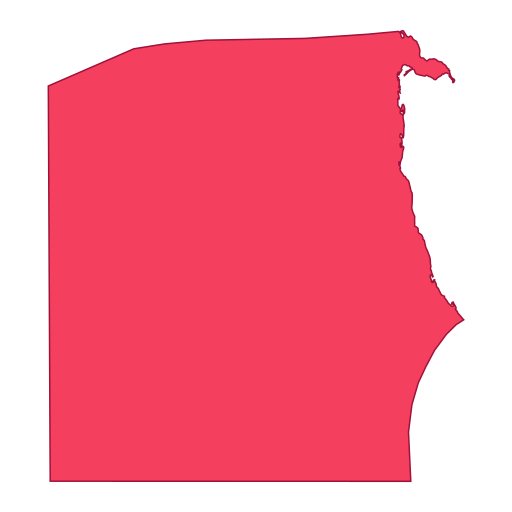 the district of Shallatin, Al Bahr al Ahmar, Egypt
{"feature_id": "37247803B26246524516343", "entity_name": "Shallatin", "entity_type": "district", "adm_level": 2, "iso_a3": "EGY", "parent_name": "Egypt", "parent_adm1": "Al Bahr al Ahmar", "projection": "natural_earth1", "projection_center": [35.577, 23.072], "detail": "fine", "context": "isolated", "style": "filled", "palette": "rose", "viewbox_px": 512, "rotation_deg": 0, "n_neighbors": 0, "source": "geoboundaries", "source_scale": "gbopen_adm2", "svg_char_len": 5507}
<svg xmlns="http://www.w3.org/2000/svg" viewBox="0 0 512 512"><path d="M463.7,319.8L463.3,319.4L461.8,317.7L459.7,315.1L458.0,313.3L457.4,311.8L456.8,310.8L455.7,309.8L455.4,309.1L456.0,308.7L456.0,307.8L455.7,306.7L454.9,305.4L454.2,304.1L453.5,303.6L453.6,303.0L453.1,302.0L452.2,302.4L451.8,303.1L451.7,304.1L452.1,304.2L452.7,303.8L453.3,304.2L453.6,304.8L453.7,305.4L453.3,306.0L452.3,306.3L451.4,306.1L450.5,305.2L450.1,304.7L448.2,303.2L447.6,301.8L446.5,300.3L445.6,299.0L444.8,298.3L444.5,297.5L444.5,296.2L443.3,295.9L441.7,295.0L440.8,294.0L440.0,292.0L439.4,291.2L439.0,290.0L438.3,288.4L437.4,287.6L436.9,287.1L436.4,285.9L436.0,283.4L435.2,282.0L434.7,280.9L434.5,280.4L434.6,279.8L434.0,279.8L433.9,280.0L433.7,280.2L433.5,280.6L433.5,281.6L433.5,282.0L432.9,282.3L432.9,281.4L432.3,281.7L431.7,282.1L431.4,281.7L431.9,281.4L431.5,280.4L430.7,278.4L430.1,276.5L430.3,275.3L431.1,274.8L431.8,274.9L432.1,276.2L432.6,276.9L433.1,276.6L432.9,275.9L432.4,274.4L431.8,273.1L431.3,270.8L430.4,269.0L430.9,266.2L430.4,263.5L430.4,261.7L430.1,258.6L429.6,256.6L428.1,252.6L427.3,250.6L425.8,247.4L425.0,244.1L424.6,241.8L424.2,240.3L423.1,239.3L422.8,237.3L421.6,234.9L420.3,234.0L418.7,233.0L418.3,231.9L418.2,230.1L418.0,228.4L417.1,227.4L416.2,226.9L414.6,225.9L414.7,223.2L414.6,219.4L414.7,216.3L413.7,214.3L412.6,211.5L411.7,207.9L412.1,203.6L412.2,200.8L412.3,195.4L412.1,193.1L411.0,191.0L410.4,188.3L410.4,188.1L409.6,185.0L408.9,181.9L407.9,180.1L406.2,178.7L405.5,176.9L404.8,176.3L403.7,176.0L402.6,174.0L401.2,172.2L400.2,170.0L399.9,168.8L400.5,168.3L400.3,167.2L399.8,166.1L399.1,165.0L398.9,163.6L398.8,162.2L399.4,162.0L399.7,162.8L399.7,163.9L399.8,164.8L400.0,164.9L400.2,164.0L400.3,162.9L401.0,160.2L402.1,157.8L402.4,154.7L402.6,152.3L402.9,150.7L403.7,148.3L403.7,147.1L403.0,146.4L402.6,146.1L402.2,146.3L401.8,147.4L400.9,147.4L400.3,146.8L400.1,143.9L400.4,143.6L400.7,143.3L401.1,144.0L401.0,145.1L401.4,145.6L401.7,145.4L402.1,142.7L401.8,139.8L401.1,137.7L399.8,137.1L399.9,135.8L400.2,134.3L400.8,133.8L401.8,134.6L402.3,135.9L402.4,136.8L402.6,137.8L402.9,137.9L403.3,137.5L403.7,135.2L403.8,128.6L404.2,125.7L403.7,121.8L403.0,117.5L403.1,116.4L403.0,115.2L402.1,114.6L401.0,113.8L400.2,113.1L400.1,111.6L400.5,110.6L401.1,110.7L401.6,111.5L402.1,111.5L402.2,110.6L402.7,110.0L403.4,110.6L403.6,111.8L403.4,112.6L403.2,113.5L403.7,114.0L404.5,113.0L404.6,111.2L404.7,108.5L404.2,106.6L403.8,105.2L403.2,104.4L402.4,104.6L401.9,106.5L401.4,107.6L401.1,108.6L400.6,109.1L400.1,108.9L399.5,107.9L399.0,106.8L397.8,105.5L397.9,101.1L397.6,99.2L398.1,98.4L398.4,98.8L398.9,99.1L399.2,98.2L399.0,96.6L398.7,95.0L398.3,94.1L397.9,92.8L398.0,91.7L398.5,91.1L399.0,91.6L399.5,92.6L400.1,92.9L399.8,91.5L399.8,90.2L400.2,89.6L399.9,88.4L400.1,86.9L400.0,86.2L399.3,86.3L399.4,87.4L399.3,87.9L398.8,87.5L399.0,86.1L399.4,84.1L399.3,82.9L399.0,82.0L399.4,81.2L399.4,79.9L398.9,79.4L398.4,80.0L397.8,80.0L397.7,80.0L398.0,78.8L398.3,78.5L398.6,78.3L398.6,77.6L397.3,77.5L397.3,75.6L397.4,73.7L397.9,73.1L398.1,73.7L398.2,74.6L398.8,75.0L399.4,73.8L399.2,73.1L399.1,72.1L399.5,72.3L400.2,72.6L400.9,71.6L401.5,70.4L401.8,70.1L401.9,69.9L401.3,69.3L401.5,68.2L402.0,66.8L402.6,65.4L403.3,65.2L403.6,65.0L404.9,64.5L405.9,64.9L406.8,65.6L407.9,65.9L409.1,65.8L409.7,66.6L410.3,67.1L411.2,67.3L411.8,67.5L412.2,68.0L412.3,68.4L412.0,68.9L410.9,69.1L409.9,69.7L408.7,70.6L408.0,70.8L406.6,71.5L406.2,71.7L406.0,71.9L406.1,72.5L407.0,72.6L406.2,73.2L405.5,73.9L404.2,74.9L404.4,75.6L405.5,74.8L407.1,73.2L408.4,71.8L410.0,70.6L410.9,69.9L412.2,69.4L413.4,69.4L414.1,69.7L414.6,70.6L415.0,72.0L415.7,73.4L417.0,74.2L419.6,75.0L423.8,75.9L425.0,76.1L425.9,75.5L426.8,75.2L428.0,75.9L428.9,76.5L430.4,76.8L431.5,77.5L433.0,78.4L434.2,79.4L435.3,79.7L436.1,79.3L437.3,77.9L438.6,77.0L439.9,76.3L441.5,75.4L441.8,74.5L442.9,73.9L443.3,74.2L443.8,73.9L444.8,73.3L445.4,73.0L446.2,72.8L447.7,73.4L448.7,73.8L449.2,74.1L449.6,74.9L449.5,75.4L449.1,75.7L449.5,76.8L450.3,77.5L450.9,78.2L451.7,79.5L452.3,79.8L452.8,80.2L452.8,80.8L452.6,81.6L452.8,82.5L453.5,82.5L454.1,81.7L454.6,80.4L454.3,79.4L453.5,78.9L452.2,78.1L451.3,77.1L450.6,75.6L450.2,74.3L449.8,73.0L449.5,71.7L449.6,70.7L449.1,70.5L448.6,70.2L448.5,69.7L448.8,69.2L447.4,68.3L446.8,67.3L445.6,65.5L444.1,64.3L443.0,63.7L442.4,62.9L441.9,62.2L440.8,61.8L439.7,61.6L438.6,61.4L437.9,61.2L436.9,60.2L435.9,59.5L434.7,59.0L433.7,58.8L433.1,58.8L432.5,59.2L431.7,59.3L430.9,59.1L429.5,59.2L428.7,59.5L428.2,60.0L427.8,60.5L427.4,60.9L427.1,61.0L426.8,61.0L426.3,60.8L425.6,60.1L424.7,59.3L423.5,58.1L423.0,58.0L422.3,58.0L421.2,57.8L420.6,57.4L419.9,56.5L419.6,55.4L419.5,54.3L419.7,53.0L419.8,50.9L419.7,49.2L418.9,47.1L418.3,45.1L417.5,43.7L416.9,42.4L416.7,41.5L415.5,40.8L414.3,40.1L412.9,38.9L412.1,37.3L411.4,36.5L410.5,36.0L409.8,36.3L408.6,37.3L407.7,36.8L406.6,36.0L405.6,34.4L405.0,33.3L404.2,32.3L403.9,31.7L403.4,30.9L403.0,30.8L402.6,30.7L402.0,30.9L401.3,31.3L400.8,31.3L400.5,31.5L400.5,31.8L400.5,32.3L400.8,32.5L401.2,32.3L401.7,32.5L402.0,32.9L402.3,33.3L402.9,33.9L403.5,34.3L403.9,34.7L404.0,35.8L404.0,36.6L403.7,37.5L403.4,37.7L402.9,38.0L402.0,37.8L401.6,37.3L401.3,36.6L401.0,35.8L400.7,34.8L400.7,34.1L400.5,33.6L400.3,33.2L399.8,32.7L399.3,32.2L398.8,31.5L398.6,31.4L366.8,34.3L305.0,38.4L205.9,40.2L164.7,43.9L133.8,48.8L48.3,86.0L50.2,481.2L410.8,481.3L408.5,432.1L411.9,404.7L418.3,382.8L425.8,366.8L434.6,350.2L446.3,334.4L456.2,324.6L463.7,319.8Z" fill="#f43f5e" stroke="#9f1239" stroke-width="1.5"/></svg>